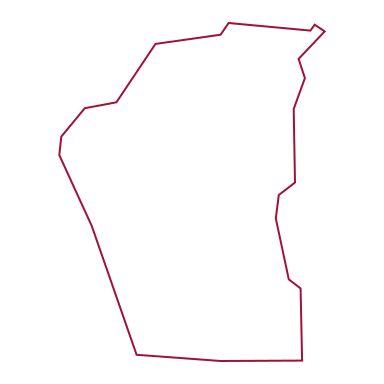 Bor South, Jonglei, South Sudan (Equal Earth projection)
{"feature_id": "79223893B93297305003737", "entity_name": "Bor South", "entity_type": "district", "adm_level": 2, "iso_a3": "SSD", "parent_name": "South Sudan", "parent_adm1": "Jonglei", "projection": "equal_earth", "projection_center": [32.094, 6.474], "detail": "fine", "context": "isolated", "style": "outline", "palette": "rose", "viewbox_px": 384, "rotation_deg": 0, "n_neighbors": 0, "source": "geoboundaries", "source_scale": "gbopen_adm2", "svg_char_len": 413}
<svg xmlns="http://www.w3.org/2000/svg" viewBox="0 0 384 384"><path d="M220.6,361.0L302.1,360.6L300.6,288.5L288.8,279.4L275.8,218.4L278.8,195.0L295.0,182.5L293.7,109.0L304.9,78.1L298.6,58.9L324.7,31.4L314.7,24.7L310.4,30.6L228.6,23.0L220.6,34.7L155.5,43.9L155.3,44.2L116.4,102.3L84.8,108.2L61.3,136.6L59.3,155.1L72.4,183.7L91.7,225.8L136.6,354.8L220.6,361.0Z" fill="none" stroke="#9f1239" stroke-width="2"/></svg>